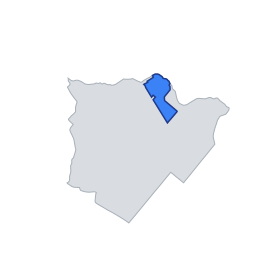 Botswana, with Southern highlighted, rotated 221°
{"feature_id": "BWA-2649", "entity_name": "Southern", "entity_type": "District", "adm_level": 1, "iso_a3": "BWA", "parent_name": "Botswana", "parent_adm1": "", "projection": "orthographic", "projection_center": [24.884, -24.914], "detail": "fine", "context": "in_parent", "style": "filled", "palette": "blue", "viewbox_px": 256, "rotation_deg": 221, "n_neighbors": 0, "source": "natural_earth", "source_scale": "10m", "svg_char_len": 3524}
<svg xmlns="http://www.w3.org/2000/svg" viewBox="0 0 256 256"><g transform="rotate(221 128 128)"><path d="M138.0,46.6L137.6,47.4L137.4,48.7L137.7,49.7L138.4,51.0L139.4,52.1L140.1,52.8L141.0,54.4L141.9,56.5L143.0,58.1L146.5,61.8L146.9,63.2L147.3,64.5L149.5,67.0L149.8,67.9L149.6,69.6L151.8,74.7L153.3,77.7L154.5,78.3L158.4,81.5L161.8,84.2L165.8,86.0L168.7,87.2L170.2,88.0L170.9,88.8L171.5,90.4L171.7,93.1L171.8,94.8L175.0,94.8L177.6,95.0L178.5,95.4L178.8,95.9L178.7,97.0L178.7,98.7L178.8,100.1L178.5,101.5L178.3,103.2L178.2,105.4L178.5,106.2L181.0,109.0L182.0,110.7L183.1,113.4L183.7,114.3L184.3,114.6L186.5,115.0L192.3,116.2L195.9,117.3L198.7,118.5L199.9,118.8L200.5,119.1L200.6,119.3L200.2,121.6L200.3,122.4L200.6,123.0L201.1,123.6L201.7,123.9L203.8,124.2L205.1,125.7L205.9,126.3L202.0,126.6L200.0,127.7L198.8,129.7L197.1,131.2L194.6,132.1L192.1,132.7L189.4,133.0L186.6,134.7L183.5,137.9L181.9,139.9L181.8,140.7L181.1,141.4L179.8,142.0L179.1,142.7L178.9,143.6L178.2,144.0L177.0,143.9L176.2,144.5L175.7,145.8L174.6,146.6L173.0,146.8L171.5,147.5L170.3,148.7L169.4,149.3L168.8,149.3L167.7,150.2L166.1,152.5L165.8,153.5L163.5,162.0L162.2,163.0L159.9,164.8L158.0,166.8L157.1,168.1L156.2,168.6L151.9,169.6L150.3,170.2L148.3,170.9L147.8,171.7L147.3,174.3L146.0,178.1L144.8,180.9L144.1,183.3L142.9,186.3L141.8,187.3L140.6,188.2L139.0,188.7L136.9,189.0L134.9,188.9L133.4,188.9L131.3,190.0L129.4,190.1L126.3,189.5L123.8,188.9L122.6,188.7L120.4,186.8L119.0,186.8L116.8,186.7L115.6,186.2L114.4,185.2L111.9,183.3L109.5,181.7L107.4,180.8L105.4,180.3L103.5,180.8L102.0,181.2L101.4,181.4L100.3,182.3L99.1,183.9L98.2,186.3L97.9,187.8L96.8,191.0L95.5,194.9L94.8,196.0L94.0,196.9L92.8,197.6L88.8,200.7L86.8,204.2L85.6,205.2L84.0,205.7L82.7,206.0L82.0,206.6L81.3,208.4L80.6,209.0L79.8,209.3L77.5,209.1L76.8,208.9L70.6,209.4L68.8,209.0L67.4,208.8L65.4,209.6L64.5,209.1L63.7,207.7L63.3,204.8L63.3,202.4L64.4,200.5L65.3,199.1L66.2,197.3L66.3,196.5L66.1,195.8L65.8,194.3L65.7,192.8L64.2,189.6L62.5,185.3L60.1,180.5L59.4,179.2L57.9,177.2L52.7,173.4L51.9,172.8L51.8,172.4L51.7,168.5L51.5,163.4L51.3,158.3L51.2,153.1L51.0,148.0L50.8,142.9L50.6,137.7L50.4,132.6L50.3,127.5L50.1,123.1L53.9,123.0L58.6,122.8L64.1,122.7L66.6,122.6L66.7,121.9L66.6,118.7L66.4,111.4L66.2,104.1L66.1,96.8L65.9,89.5L65.7,82.3L65.5,75.0L65.3,67.7L65.2,60.4L65.1,56.9L69.5,56.5L74.5,55.7L82.7,54.3L90.3,52.6L95.3,51.7L101.2,50.6L103.2,50.4L103.8,50.5L104.6,50.9L107.3,54.5L109.1,57.2L109.4,58.4L109.7,58.5L110.5,58.3L111.5,57.9L114.2,55.1L114.8,54.4L116.6,53.0L118.7,51.6L120.7,50.7L122.6,49.9L123.5,50.0L124.6,50.7L125.6,51.2L130.0,47.8L132.0,47.0L137.2,46.4L138.0,46.6Z" fill="#d9dde1" stroke="#a8b0b8" stroke-width="1"/><path d="M144.0,183.7L143.3,185.5L142.9,186.5L140.9,188.2L139.7,188.7L136.3,189.1L135.6,189.0L134.9,188.7L134.3,188.6L133.7,188.7L132.9,189.1L132.0,189.8L131.7,190.0L130.7,190.2L130.2,190.3L129.7,190.2L129.2,190.0L128.0,190.2L127.5,190.0L126.6,189.5L125.4,189.0L125.2,187.5L124.7,187.1L124.0,187.1L123.7,187.0L121.9,185.1L121.3,184.4L121.0,175.9L121.0,175.5L120.8,175.2L120.6,174.9L118.7,173.0L118.4,172.8L118.2,172.7L117.9,172.7L102.3,172.9L102.1,172.9L101.9,172.8L101.8,172.7L101.7,172.4L101.6,157.7L127.6,165.8L127.6,169.3L130.5,169.2L130.4,166.7L141.1,170.1L143.0,171.2L143.3,171.2L144.7,171.3L144.3,172.6L144.1,172.8L143.9,173.0L143.8,173.4L143.7,173.9L143.2,175.5L143.4,175.6L143.8,175.6L144.0,175.6L144.2,175.9L144.1,176.1L142.2,182.6L142.2,182.8L142.3,183.0L144.0,183.7L144.0,183.7Z" fill="#3b82f6" stroke="#1e3a8a" stroke-width="1.5"/></g></svg>